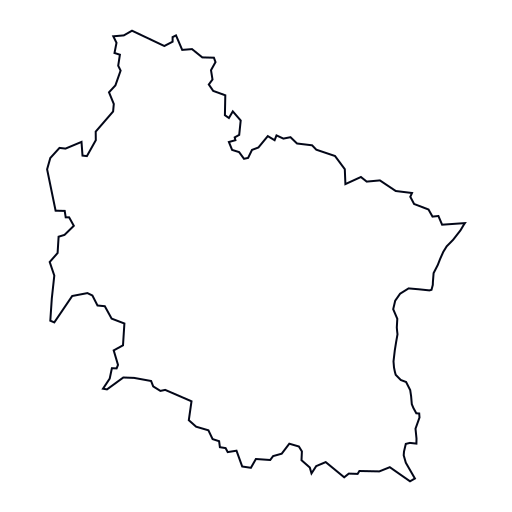 Berovo, Berovo, North Macedonia (orthographic projection)
{"feature_id": "65306769B82535052466784", "entity_name": "Berovo", "entity_type": "district", "adm_level": 2, "iso_a3": "MKD", "parent_name": "North Macedonia", "parent_adm1": "Berovo", "projection": "orthographic", "projection_center": [22.828, 41.67], "detail": "fine", "context": "isolated", "style": "outline", "palette": "ink", "viewbox_px": 512, "rotation_deg": 0, "n_neighbors": 0, "source": "geoboundaries", "source_scale": "gbopen_adm2", "svg_char_len": 2272}
<svg xmlns="http://www.w3.org/2000/svg" viewBox="0 0 512 512"><path d="M213.9,57.7L202.3,57.4L192.0,49.1L182.2,49.9L176.0,35.4L172.6,37.1L172.6,41.7L164.3,46.0L132.0,30.7L123.8,35.4L113.3,36.3L116.5,42.8L114.5,53.0L119.9,54.7L118.2,65.7L120.6,70.6L115.4,85.4L109.0,92.3L113.8,104.0L113.1,111.5L95.7,131.6L95.8,140.2L86.9,156.1L82.5,155.6L81.5,141.9L65.5,148.6L59.5,147.9L50.3,158.0L47.1,169.3L55.6,210.7L64.7,210.9L65.7,217.3L69.1,217.3L73.8,225.8L64.5,234.9L58.6,236.7L57.6,253.0L49.7,262.0L54.3,275.6L51.8,298.5L50.3,320.7L54.3,322.4L72.2,296.0L87.4,293.1L92.4,295.5L97.5,305.5L104.8,306.2L111.6,318.6L124.4,323.5L123.0,345.3L113.7,350.4L118.0,364.9L116.6,368.4L111.9,368.2L109.7,378.6L103.0,388.7L107.0,389.4L123.3,377.5L134.1,377.9L151.1,381.0L153.2,386.4L160.4,390.9L165.2,389.9L191.5,401.3L188.8,420.2L196.1,426.7L208.4,430.3L212.6,439.1L219.1,441.2L219.9,447.2L225.6,448.1L227.7,452.1L236.5,450.7L242.2,466.5L250.9,467.8L255.9,459.0L270.2,460.0L273.1,456.1L281.7,453.7L289.3,443.7L298.9,446.5L301.9,451.4L301.5,460.2L309.8,467.5L311.5,473.4L316.2,466.1L325.7,462.1L344.2,477.3L348.8,473.6L357.6,473.9L359.4,471.0L379.3,471.4L389.8,467.2L410.0,481.3L414.9,478.5L405.8,462.7L403.7,455.3L404.0,451.5L405.8,443.9L409.9,442.9L416.4,443.6L416.5,438.6L415.5,428.7L419.5,417.5L419.2,413.5L416.3,413.3L413.4,408.0L411.8,404.2L411.1,396.1L410.2,390.1L406.1,382.0L400.8,380.0L395.7,374.8L394.9,371.9L394.0,367.5L393.5,361.4L394.8,350.3L396.1,342.2L397.5,334.3L397.1,330.9L396.8,327.5L397.3,318.8L393.2,309.2L395.2,300.7L400.1,293.7L408.6,288.4L419.0,289.3L429.4,290.4L431.5,289.8L432.8,284.9L432.9,282.1L433.6,273.1L437.8,264.9L440.1,259.0L443.3,251.8L446.7,246.3L453.1,239.8L460.5,230.3L463.7,224.9L464.9,223.1L442.1,224.7L438.4,216.0L432.5,216.6L428.5,209.5L414.1,204.0L410.3,196.8L412.0,193.0L395.7,191.0L379.9,180.4L366.7,181.6L360.9,177.0L345.4,184.1L344.8,169.2L335.0,156.0L316.3,149.7L312.1,145.3L297.0,143.5L290.5,137.2L283.4,138.6L276.5,135.4L274.6,140.2L267.8,136.1L258.4,147.5L252.0,149.9L248.1,157.9L244.0,158.8L239.1,152.1L232.1,149.9L228.9,142.0L235.4,140.2L234.7,137.4L239.2,134.9L240.7,120.5L232.8,111.4L228.9,118.0L224.9,115.2L225.3,95.3L213.2,90.9L208.8,84.5L212.5,79.5L211.0,70.2L215.5,62.1L213.9,57.7Z" fill="none" stroke="#020617" stroke-width="2"/></svg>